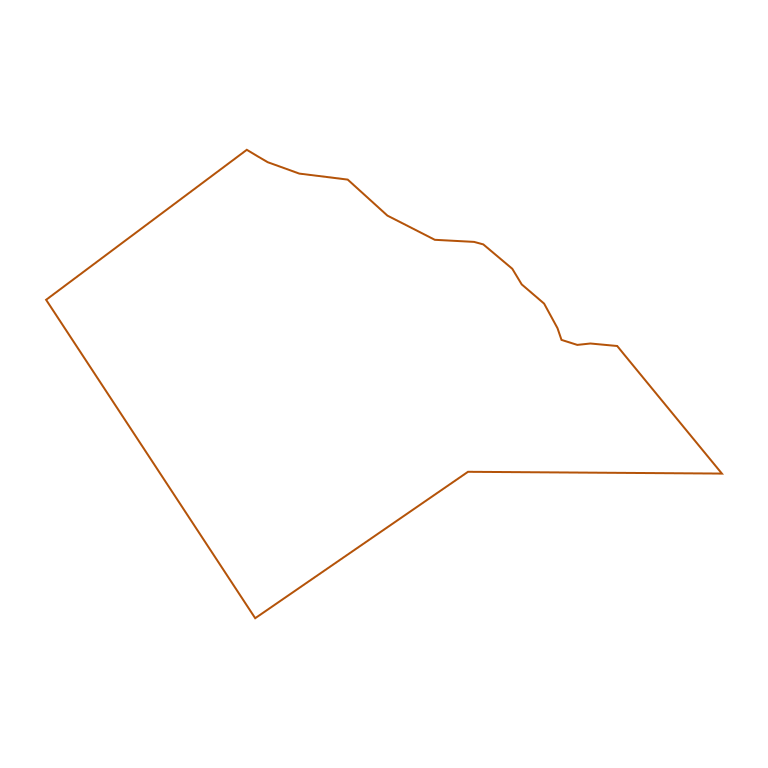 10 Ramadan 2, Al Qahirah, Egypt, rotated 270°
{"feature_id": "37247803B93568001164514", "entity_name": "10 Ramadan 2", "entity_type": "district", "adm_level": 2, "iso_a3": "EGY", "parent_name": "Egypt", "parent_adm1": "Al Qahirah", "projection": "albers", "projection_center": [31.709, 30.237], "detail": "fine", "context": "isolated", "style": "outline", "palette": "amber", "viewbox_px": 768, "rotation_deg": 270, "n_neighbors": 0, "source": "geoboundaries", "source_scale": "gbopen_adm2", "svg_char_len": 464}
<svg xmlns="http://www.w3.org/2000/svg" viewBox="0 0 768 768"><g transform="rotate(270 384 384)"><path d="M618.2,246.8L468.2,46.1L458.3,52.6L149.8,255.2L296.2,468.0L294.5,712.2L294.4,721.9L414.0,623.7L422.0,617.2L424.5,590.4L423.1,577.3L428.1,561.5L439.8,557.5L464.4,544.1L483.6,521.7L499.2,512.3L523.6,483.3L526.1,474.1L528.2,434.8L552.4,387.4L588.4,347.7L594.4,299.3L605.8,267.7L611.6,257.8L618.2,246.8Z" fill="none" stroke="#b45309" stroke-width="2"/></g></svg>